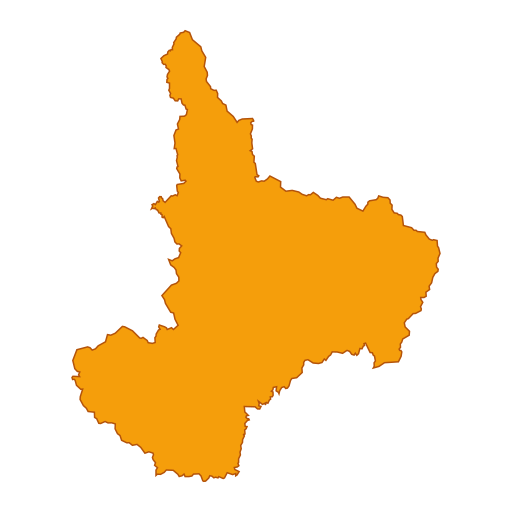 Dak Glei, Kon Tum, Vietnam
{"feature_id": "81297802B20367953633835", "entity_name": "Dak Glei", "entity_type": "district", "adm_level": 2, "iso_a3": "VNM", "parent_name": "Vietnam", "parent_adm1": "Kon Tum", "projection": "natural_earth1", "projection_center": [107.734, 15.137], "detail": "fine", "context": "isolated", "style": "filled", "palette": "amber", "viewbox_px": 512, "rotation_deg": 0, "n_neighbors": 0, "source": "geoboundaries", "source_scale": "gbopen_adm2", "svg_char_len": 6047}
<svg xmlns="http://www.w3.org/2000/svg" viewBox="0 0 512 512"><path d="M205.7,57.4L201.8,50.8L200.8,46.8L192.4,39.7L189.6,32.5L185.1,30.7L183.6,32.3L180.2,33.0L179.8,34.2L176.4,37.2L176.1,39.0L173.7,42.6L174.0,43.9L172.3,47.4L172.5,49.7L171.0,49.6L170.4,50.8L169.3,50.3L167.8,52.0L167.6,54.0L163.9,55.7L160.9,58.5L162.3,61.7L162.1,62.7L163.7,64.4L165.2,64.3L166.2,65.7L166.0,67.5L168.8,69.5L169.6,71.1L167.5,74.4L167.0,76.9L167.9,78.3L167.0,79.5L166.8,82.3L169.5,83.1L169.5,88.5L168.8,90.2L170.6,93.5L169.9,95.3L170.5,97.4L173.4,98.2L175.2,100.8L177.7,100.9L178.7,98.8L181.1,98.9L182.0,103.2L183.5,105.0L184.9,105.2L186.1,109.1L187.4,109.5L186.4,114.6L184.5,116.2L180.0,116.4L179.7,119.5L177.4,124.0L178.5,129.0L176.0,130.0L173.9,135.5L175.0,143.1L174.2,148.6L176.0,148.5L177.7,154.8L177.0,155.8L177.3,157.1L176.5,160.6L178.0,166.5L177.1,166.9L176.7,168.6L179.9,174.0L179.8,177.9L181.2,180.9L185.2,180.2L186.0,181.2L183.8,183.4L177.2,184.5L176.7,185.6L177.3,191.1L178.3,192.5L177.1,195.7L175.3,194.8L172.3,196.1L171.2,195.8L165.1,202.4L163.1,200.8L162.6,198.5L161.4,197.8L161.2,196.7L159.7,196.6L158.5,198.0L159.4,201.5L158.7,202.2L157.3,201.4L155.4,204.6L153.9,203.6L152.0,204.7L152.7,206.0L151.5,208.8L152.5,208.2L154.3,208.7L155.2,207.9L156.3,209.7L157.5,210.0L159.1,213.0L160.8,213.0L160.8,214.1L162.0,214.6L162.1,217.2L163.2,217.7L164.2,216.5L168.6,226.6L170.8,228.7L171.4,233.4L174.1,238.4L174.9,241.9L176.9,244.0L179.1,243.9L181.7,245.9L179.4,248.4L179.2,251.0L180.7,252.7L178.6,257.6L175.0,258.8L172.2,260.8L168.6,259.4L170.7,264.9L174.2,267.5L176.0,270.0L176.5,273.7L178.8,277.2L178.9,280.9L176.4,283.3L171.4,285.1L161.9,295.6L164.5,299.6L165.5,303.5L170.7,312.2L173.6,313.0L175.0,319.2L178.1,325.3L173.4,329.5L171.5,327.7L167.2,329.5L166.5,327.9L164.6,326.8L159.3,325.0L158.7,326.9L160.1,329.3L158.5,330.0L156.2,334.0L156.0,336.2L154.9,337.7L155.2,342.5L152.4,343.4L148.2,342.7L147.2,340.5L143.0,337.4L141.2,338.3L139.7,338.0L132.5,330.8L124.7,326.8L122.4,326.4L115.3,333.2L110.8,335.2L107.5,334.6L105.5,341.8L98.2,345.8L95.5,348.8L92.2,350.1L90.0,347.7L87.6,346.9L76.9,349.7L72.8,360.5L74.8,368.7L77.3,371.4L79.8,372.0L78.6,374.7L79.6,376.6L72.9,376.3L72.0,377.5L72.6,379.5L74.0,379.2L75.1,380.2L76.5,385.3L80.8,389.3L82.7,389.1L80.3,396.6L80.1,399.5L83.4,405.6L86.4,408.3L88.1,411.5L94.4,412.2L94.6,417.4L96.7,418.7L98.8,423.3L100.6,423.5L105.1,421.5L108.0,422.9L111.7,422.8L115.3,423.9L115.1,428.8L117.5,433.7L120.0,435.5L121.6,440.3L126.8,442.8L129.2,442.7L132.4,445.3L137.0,444.4L140.7,447.3L144.9,453.2L148.9,451.8L153.0,453.1L153.5,454.8L152.4,457.4L153.1,459.6L155.5,462.7L154.6,465.3L157.5,467.7L156.0,470.1L156.0,475.4L157.3,474.2L160.6,474.3L164.2,472.4L166.3,470.0L173.2,470.3L177.9,474.3L179.2,476.5L182.0,475.8L184.0,474.1L185.1,476.6L188.9,476.6L191.9,476.0L193.5,474.1L199.0,473.8L201.0,475.9L202.8,480.8L203.7,481.3L205.6,481.1L208.7,478.1L209.8,475.7L212.0,476.2L213.8,477.8L215.6,477.2L218.0,477.9L218.8,476.6L223.2,478.5L224.5,477.9L227.2,472.7L232.7,474.6L235.7,473.5L235.7,475.8L237.0,475.0L239.1,471.6L234.8,469.5L234.3,467.5L237.2,467.0L238.9,465.7L237.9,463.3L238.6,462.4L238.6,458.8L240.4,454.9L240.0,452.1L241.2,448.8L240.7,445.5L242.5,442.4L242.6,439.6L244.3,436.1L243.3,434.0L244.3,434.8L245.0,433.9L244.7,429.9L246.1,428.8L247.0,426.6L245.2,426.4L244.8,423.5L247.5,420.4L249.2,419.9L248.7,418.8L247.2,418.6L245.9,417.3L246.4,415.8L248.3,415.4L244.8,411.9L244.3,406.5L255.1,406.8L257.5,408.9L259.7,409.0L261.0,406.4L258.7,405.8L259.2,403.6L258.4,401.2L262.5,404.4L265.2,403.1L265.3,405.0L266.4,402.5L267.9,403.2L269.4,400.0L270.6,399.2L270.3,396.9L272.3,396.7L273.1,395.3L273.0,392.0L271.4,391.2L272.9,389.8L273.3,387.4L276.6,386.7L276.1,390.8L278.5,392.4L279.0,393.7L279.7,390.7L281.7,387.5L284.2,386.7L285.7,388.5L287.4,388.1L289.0,385.9L290.5,380.5L291.8,378.5L296.7,377.7L302.2,372.5L301.9,368.0L303.7,364.9L303.7,362.4L305.0,360.3L308.0,359.7L313.1,363.0L318.5,363.5L322.0,362.5L324.3,359.0L325.9,360.4L328.6,356.4L330.6,354.9L332.2,351.9L337.2,352.0L342.6,353.3L347.0,350.4L349.6,351.4L351.7,354.3L354.1,355.1L355.3,353.2L356.8,355.3L358.5,353.7L359.9,348.5L362.0,348.8L363.3,346.1L364.5,345.5L364.0,343.6L365.6,343.1L370.1,352.5L372.4,352.8L373.2,355.1L374.5,356.1L375.4,361.0L374.1,362.8L374.2,366.3L373.3,368.0L379.0,366.4L384.5,362.7L398.4,361.8L401.1,356.3L401.8,351.9L400.9,350.5L399.7,350.4L399.1,349.1L400.5,347.3L400.3,344.0L401.7,342.2L402.7,339.0L409.2,335.2L409.5,331.3L405.1,326.9L404.3,322.8L406.7,319.2L408.4,318.6L413.1,313.6L415.6,313.4L421.0,310.6L421.3,308.9L420.5,306.7L422.8,302.3L420.9,299.5L420.7,297.5L424.0,297.5L426.2,296.2L425.9,292.2L429.6,289.5L429.1,286.2L431.6,282.8L432.8,277.4L434.9,273.6L437.9,271.3L438.2,269.2L436.6,267.2L436.3,263.6L438.2,261.3L438.0,258.2L440.0,253.5L438.6,247.7L437.5,246.1L437.1,240.5L433.5,239.7L432.3,240.3L429.3,239.1L425.9,234.9L424.8,232.3L417.4,231.5L416.1,230.3L414.0,230.3L411.6,227.7L403.4,225.5L402.3,216.5L400.9,215.1L398.4,214.6L397.2,213.3L394.2,212.9L391.9,209.4L392.1,205.1L390.2,203.2L390.0,200.0L387.9,197.7L383.1,197.3L378.7,195.9L377.8,198.2L376.2,199.7L369.6,200.8L367.9,202.2L367.8,204.2L365.9,206.2L362.9,211.1L356.9,208.2L355.0,204.2L349.1,197.0L342.8,197.0L339.4,198.3L336.4,197.3L333.1,200.2L327.7,198.7L326.3,199.7L320.4,198.2L317.8,195.4L313.3,192.4L310.4,194.8L308.7,194.6L306.6,195.8L302.1,194.3L298.8,192.0L292.2,190.4L285.9,191.2L280.5,187.1L280.7,181.6L269.9,176.0L267.5,178.9L264.2,181.2L261.5,180.9L258.3,182.0L256.3,181.2L254.8,177.4L255.2,176.7L258.0,176.9L258.8,175.8L257.0,174.6L255.3,163.5L253.9,162.2L254.3,156.2L252.5,154.5L252.0,151.5L250.2,150.7L252.6,148.8L251.8,143.0L252.1,139.2L251.2,138.0L251.3,135.9L250.4,133.9L252.4,128.9L252.5,125.1L251.2,124.6L250.7,122.8L252.1,121.4L253.6,121.2L253.6,120.4L252.5,118.5L242.3,119.0L238.8,120.4L237.1,122.4L233.3,116.5L227.1,111.1L225.9,105.1L222.6,103.5L221.3,100.9L217.5,97.4L217.7,93.6L216.2,90.2L214.0,90.4L210.7,88.7L210.5,86.6L206.5,81.5L206.1,78.9L207.5,75.4L207.2,72.2L204.2,66.5L205.7,57.4Z" fill="#f59e0b" stroke="#b45309" stroke-width="1.5"/></svg>